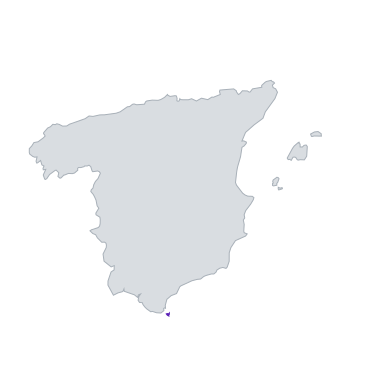 Ceuta on a map of Spain (orthographic projection), rotated 341°
{"feature_id": "ESP-5815", "entity_name": "Ceuta", "entity_type": "Autonomous City", "adm_level": 1, "iso_a3": "ESP", "parent_name": "Spain", "parent_adm1": "", "projection": "orthographic", "projection_center": [-5.347, 35.887], "detail": "fine", "context": "in_parent", "style": "filled", "palette": "violet", "viewbox_px": 384, "rotation_deg": 341, "n_neighbors": 0, "source": "natural_earth", "source_scale": "10m", "svg_char_len": 3866}
<svg xmlns="http://www.w3.org/2000/svg" viewBox="0 0 384 384"><g transform="rotate(341 192 192)"><path d="M200.6,91.8L200.7,92.7L202.4,94.5L207.3,95.4L208.5,96.1L208.4,98.6L207.4,100.8L208.4,101.7L209.6,101.6L210.9,99.8L211.3,100.9L213.6,101.9L218.5,103.6L222.0,103.7L225.8,107.4L231.5,106.4L237.0,109.8L241.8,108.7L242.9,109.4L250.5,109.0L250.7,106.0L251.6,104.7L265.0,108.1L266.8,110.6L266.7,111.9L267.6,114.9L269.3,114.6L272.6,112.7L277.3,114.5L278.6,116.2L279.6,116.3L282.8,114.2L292.1,115.7L292.4,114.2L293.0,113.7L296.7,112.1L298.2,111.7L303.2,112.2L303.9,113.9L305.0,114.5L305.5,115.9L302.8,117.1L302.7,119.7L304.7,121.7L305.3,125.5L300.8,130.7L287.4,140.1L283.1,145.4L272.7,148.7L262.0,153.1L255.8,160.1L257.6,160.5L259.7,162.6L259.1,163.7L256.3,165.4L253.8,166.0L249.4,174.4L243.2,183.2L241.0,187.1L236.2,197.2L236.3,200.0L239.5,209.6L241.2,212.1L243.4,214.1L247.6,215.7L248.7,217.5L247.4,219.3L243.5,222.6L236.7,227.1L233.9,230.5L233.4,233.7L231.4,235.2L230.8,239.6L228.2,245.9L228.1,247.5L230.5,249.6L228.3,251.1L217.3,252.1L210.7,257.2L207.4,261.6L204.6,269.6L200.9,274.4L199.3,275.3L196.6,273.4L193.4,273.1L190.2,273.9L188.6,275.6L186.0,276.6L183.5,275.8L178.0,275.5L175.6,275.7L171.8,277.1L168.5,276.3L163.0,275.9L151.1,277.1L149.6,277.6L144.3,283.0L138.6,283.2L133.3,285.3L129.8,290.5L129.1,293.3L128.1,292.6L127.3,292.9L126.8,295.0L123.2,296.3L119.1,294.6L115.7,292.0L114.0,291.8L111.1,287.7L109.9,285.2L109.0,282.4L109.0,280.5L106.4,279.3L105.8,276.8L107.7,273.5L110.2,271.7L107.9,271.8L106.2,273.9L104.1,270.5L95.6,263.8L96.1,261.5L94.6,263.2L93.6,263.6L89.2,263.3L84.1,264.0L82.2,252.7L83.6,248.8L89.4,241.3L93.0,240.3L94.5,236.3L91.2,236.5L86.3,228.8L87.7,221.7L92.9,216.5L93.8,214.3L94.0,212.4L93.1,211.0L90.3,210.1L87.6,204.5L87.0,201.0L84.7,199.0L82.9,195.5L84.6,195.0L91.8,195.1L93.5,194.2L94.9,191.9L96.3,188.1L96.7,185.8L93.9,182.4L93.9,181.7L94.3,180.6L98.6,177.0L97.8,174.2L98.6,168.4L98.3,165.0L97.9,162.3L96.5,158.6L97.4,157.2L99.7,156.0L101.5,153.1L104.1,150.6L107.5,148.7L111.5,144.4L110.9,142.5L109.6,141.4L104.8,140.5L104.4,139.6L104.5,135.0L103.3,133.1L101.5,133.3L98.9,132.4L98.2,132.9L94.8,132.7L92.5,131.9L91.5,132.5L91.1,134.2L87.1,135.8L84.9,135.7L81.2,134.2L77.0,134.5L76.5,134.2L72.9,136.0L71.7,136.0L70.3,133.7L72.3,130.4L70.7,127.1L69.7,127.0L63.0,129.1L59.0,132.1L57.4,132.4L56.9,131.8L56.9,127.5L61.1,123.0L58.6,122.6L58.8,121.2L60.5,119.2L58.9,117.5L59.1,112.9L55.4,114.2L54.5,114.0L54.6,112.1L56.9,108.4L54.6,107.9L53.0,106.5L50.9,103.3L51.0,101.7L52.3,98.0L55.5,96.3L58.6,93.8L62.8,94.4L69.1,92.4L71.3,91.3L71.2,89.8L70.6,88.6L71.2,87.5L76.4,84.5L79.4,84.2L82.5,82.7L84.6,83.8L86.4,83.5L88.4,84.8L91.1,87.6L95.1,88.8L98.3,88.0L114.8,87.9L119.4,86.6L123.0,88.3L130.0,89.1L134.3,90.5L145.9,92.8L150.2,92.8L158.6,90.4L160.9,90.9L164.3,89.7L165.9,89.9L168.1,91.5L175.6,93.5L177.5,91.6L178.9,91.2L184.4,92.2L189.8,94.3L192.7,94.4L196.8,93.6L200.6,91.8ZM308.9,184.6L311.0,185.4L313.1,184.4L314.2,184.5L315.4,184.9L315.8,186.6L312.1,195.5L308.7,198.2L304.9,196.7L302.7,196.4L302.0,195.7L301.3,193.0L300.2,192.3L298.8,192.0L296.1,194.4L295.1,193.0L293.8,192.8L293.2,192.0L293.1,190.9L301.2,183.5L303.6,181.8L308.8,179.7L309.6,179.9L309.0,180.9L309.8,181.8L308.9,184.6ZM333.1,178.9L332.5,181.3L325.7,178.8L323.6,178.6L323.0,178.2L323.0,175.8L327.3,175.1L330.9,175.9L333.1,178.9ZM275.0,211.4L274.4,213.2L271.1,212.8L270.3,212.1L270.9,210.2L271.8,209.9L271.7,208.5L272.6,207.1L277.1,205.7L278.2,206.5L278.6,207.8L276.0,211.0L275.0,211.4ZM278.7,218.0L278.2,218.4L274.7,218.3L274.5,217.2L275.1,215.6L276.5,217.0L278.6,217.2L278.7,218.0Z" fill="#d9dde1" stroke="#a8b0b8" stroke-width="1"/><path d="M129.6,301.3L129.1,300.8L128.7,300.3L128.5,299.7L128.3,299.1L128.6,299.1L129.0,299.1L129.5,299.4L129.9,299.7L130.3,299.8L130.8,299.5L130.6,300.1L129.7,300.8L129.6,301.3Z" fill="#8b5cf6" stroke="#5b21b6" stroke-width="1.5"/></g></svg>